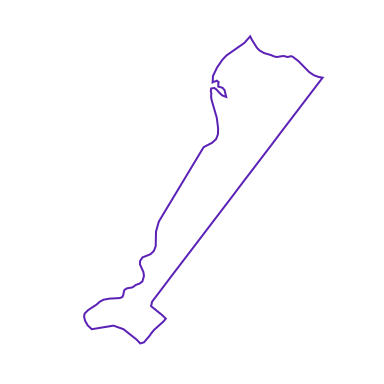 map outline of North Bank (Equal Earth projection), rotated 127°
{"feature_id": "GMB-5513", "entity_name": "North Bank", "entity_type": "Division", "adm_level": 1, "iso_a3": "GMB", "parent_name": "Gambia", "parent_adm1": "", "projection": "equal_earth", "projection_center": [-15.943, 13.489], "detail": "fine", "context": "isolated", "style": "outline", "palette": "violet", "viewbox_px": 384, "rotation_deg": 127, "n_neighbors": 0, "source": "natural_earth", "source_scale": "10m", "svg_char_len": 1444}
<svg xmlns="http://www.w3.org/2000/svg" viewBox="0 0 384 384"><g transform="rotate(127 192 192)"><path d="M303.5,157.9L307.8,156.0L308.3,141.6L308.9,136.7L312.7,136.9L324.9,139.3L329.6,139.5L331.6,139.3L341.0,139.9L344.1,142.2L343.2,147.3L342.8,164.1L346.0,174.3L361.9,189.5L361.3,194.9L359.3,199.7L356.5,203.2L353.6,204.6L348.5,203.8L339.2,200.4L335.0,199.6L331.2,197.8L326.7,193.6L320.2,185.9L317.8,184.4L315.4,185.0L313.1,186.2L310.9,187.0L308.5,186.2L306.4,184.5L304.8,182.8L303.6,182.0L299.9,180.9L296.8,178.8L293.3,177.8L288.0,179.8L285.2,182.6L281.3,189.7L278.6,191.9L274.0,192.2L266.7,187.7L262.0,187.0L257.1,188.4L245.3,196.9L235.6,200.7L149.2,209.7L140.7,205.6L135.3,204.6L130.3,206.0L125.4,209.5L117.8,216.9L106.5,232.0L103.9,234.5L101.9,235.7L99.9,237.9L97.8,239.0L95.5,236.8L95.4,234.1L96.2,230.3L96.7,226.1L95.5,221.9L91.0,227.4L90.4,230.4L92.0,234.5L89.3,236.4L88.2,236.8L88.2,239.2L89.4,239.8L90.7,240.9L92.0,241.5L86.7,245.1L77.5,246.9L68.1,247.3L62.4,246.7L41.4,239.9L32.7,239.2L34.3,236.0L37.7,227.1L38.3,223.3L37.7,218.2L35.0,211.0L34.4,208.3L33.3,205.7L28.3,200.8L26.6,196.8L24.0,194.7L23.4,193.3L23.4,185.9L25.7,170.6L25.4,164.9L23.9,160.1L22.1,156.5L39.0,156.6L55.8,156.7L72.5,156.8L89.3,156.9L106.0,156.9L122.8,157.0L139.5,157.1L150.5,157.2L156.3,157.2L173.0,157.2L189.8,157.3L206.5,157.4L223.3,157.5L240.1,157.6L256.8,157.7L273.6,157.8L290.3,157.8L303.5,157.9Z" fill="none" stroke="#5b21b6" stroke-width="2"/></g></svg>